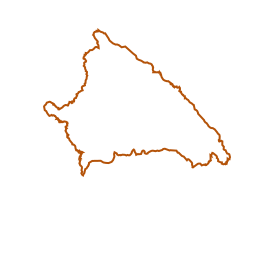 Tlanchinol, Hidalgo, Mexico (Robinson projection), rotated 137°
{"feature_id": "50627088B11315942998338", "entity_name": "Tlanchinol", "entity_type": "district", "adm_level": 2, "iso_a3": "MEX", "parent_name": "Mexico", "parent_adm1": "Hidalgo", "projection": "robinson", "projection_center": [-98.632, 21.045], "detail": "fine", "context": "isolated", "style": "outline", "palette": "amber", "viewbox_px": 256, "rotation_deg": 137, "n_neighbors": 0, "source": "geoboundaries", "source_scale": "gbopen_adm2", "svg_char_len": 5812}
<svg xmlns="http://www.w3.org/2000/svg" viewBox="0 0 256 256"><g transform="rotate(137 128 128)"><path d="M174.8,200.9L176.7,197.8L176.3,196.1L177.0,193.7L177.3,190.8L177.1,190.3L174.9,189.6L174.9,188.7L173.7,188.1L173.4,187.4L173.5,186.8L173.1,186.4L173.4,184.2L173.2,183.9L173.5,183.4L174.0,183.3L173.6,183.0L173.3,183.3L173.0,183.1L173.2,181.7L174.1,180.6L173.4,181.0L173.8,180.0L173.7,179.9L173.1,180.5L172.8,180.0L173.1,179.2L173.8,179.3L173.6,179.7L173.9,179.6L174.1,179.4L173.9,179.1L174.1,179.0L174.6,178.3L173.4,178.9L173.4,179.2L172.9,178.5L172.6,178.5L172.8,178.0L172.1,177.2L172.5,176.4L171.6,177.2L171.1,176.6L170.2,176.4L169.6,175.4L169.2,175.1L168.6,173.4L168.9,172.9L169.2,173.3L169.5,173.0L170.7,171.3L170.9,171.5L171.9,171.2L172.7,171.5L173.2,170.9L173.0,169.5L174.2,169.5L174.8,168.8L175.6,168.6L176.5,165.1L176.3,163.5L177.0,163.2L177.6,163.9L178.7,162.7L178.6,161.5L178.2,160.6L179.0,159.1L179.3,154.6L179.9,154.0L179.0,152.6L178.9,151.2L179.1,150.5L180.5,148.5L180.6,147.5L181.1,147.0L181.0,146.8L180.9,147.2L180.0,147.1L180.3,147.0L180.3,145.3L180.6,144.3L179.8,144.5L179.6,144.9L179.1,144.7L179.3,144.3L179.0,143.6L179.2,142.9L178.5,142.7L178.3,142.3L178.6,142.1L177.9,141.8L177.7,141.1L179.2,141.9L179.7,141.6L179.6,142.5L180.1,142.3L179.7,140.7L180.5,140.6L181.5,139.8L181.8,140.2L182.4,139.7L182.9,139.9L183.5,139.5L183.2,139.5L183.4,137.7L184.2,138.0L184.9,136.9L185.5,137.1L186.0,136.2L187.5,135.4L187.4,135.0L188.0,134.4L188.4,133.2L188.2,132.7L188.3,131.0L188.9,130.2L190.9,128.7L191.4,127.1L192.9,126.8L193.4,125.2L193.2,124.0L192.3,124.5L190.7,124.8L187.3,127.1L185.9,126.7L184.1,127.3L183.3,127.2L182.4,127.9L181.7,127.8L180.3,129.1L176.6,128.3L170.3,122.6L169.5,119.6L168.1,117.7L166.1,115.6L163.1,114.4L160.8,114.7L157.5,116.3L155.9,118.5L154.4,119.4L153.6,117.0L154.0,116.0L153.6,114.6L152.1,113.6L151.9,113.0L150.3,112.3L148.6,110.5L147.9,109.0L146.8,108.7L146.0,107.4L145.3,106.9L143.8,106.9L142.1,107.3L141.7,107.8L139.7,108.4L138.5,108.3L138.5,107.4L139.4,105.7L139.6,104.1L140.3,102.8L138.4,102.2L138.1,101.5L136.2,100.1L133.4,101.4L132.3,101.2L131.9,100.6L131.9,99.4L132.8,98.6L132.8,97.8L132.3,96.7L131.1,96.0L130.6,96.3L128.7,96.0L126.5,95.3L125.3,94.5L123.7,92.3L121.9,91.4L121.1,90.1L118.0,88.6L116.5,88.6L115.2,87.7L112.9,83.2L112.3,83.0L108.0,78.4L108.5,76.1L107.8,75.5L107.6,70.8L106.7,69.0L106.9,64.2L105.7,64.4L105.3,64.2L104.9,63.2L104.9,59.2L105.2,58.4L106.3,57.4L106.8,55.6L107.2,55.7L107.6,55.3L107.4,54.9L101.4,54.2L100.5,53.7L99.4,52.6L99.6,50.4L97.5,49.4L96.6,47.9L96.3,47.7L96.0,48.1L95.8,47.6L95.5,47.5L93.4,47.4L92.9,47.7L92.3,47.8L92.1,48.2L91.5,48.3L91.5,48.0L89.5,47.8L89.0,48.9L88.5,49.2L86.2,51.9L86.1,51.4L86.0,51.7L85.3,51.4L83.3,52.3L82.9,51.6L82.3,47.3L82.7,46.1L83.5,45.5L83.3,44.5L83.5,43.6L84.7,42.3L83.7,39.8L82.8,38.8L83.7,37.9L83.4,37.5L83.1,36.5L81.6,35.6L81.4,35.1L80.9,35.3L80.7,35.0L80.5,35.4L80.1,35.0L79.6,35.6L79.4,35.1L79.2,35.2L78.4,36.1L77.3,36.0L77.0,36.7L76.1,37.6L76.0,36.7L75.3,36.4L75.3,36.1L75.1,35.9L74.0,36.8L73.3,37.1L71.9,39.6L72.0,40.3L72.9,41.7L72.4,43.6L71.8,45.1L72.5,46.4L72.5,47.3L70.7,48.9L70.6,51.3L68.1,53.9L68.6,55.2L70.3,55.7L70.5,56.1L69.8,57.3L68.6,57.4L67.6,58.4L66.5,59.5L65.8,60.8L66.1,62.8L65.8,63.5L65.5,67.8L66.1,70.1L67.2,71.3L67.7,72.8L67.8,74.8L67.5,75.5L67.2,78.0L67.6,79.3L67.4,81.2L67.0,81.8L67.0,90.7L66.5,91.2L65.8,93.2L65.9,94.5L66.5,96.1L64.2,100.0L64.5,100.6L64.6,102.4L65.3,104.7L64.9,107.5L65.3,108.6L65.5,111.0L66.0,111.1L64.9,112.3L65.2,112.5L65.4,114.3L65.1,114.4L65.1,114.8L65.5,115.8L65.0,117.6L65.2,118.1L64.5,118.5L65.2,120.1L63.6,120.8L62.7,121.9L62.6,122.7L62.8,122.6L63.2,122.9L63.1,123.1L64.3,123.7L64.5,124.2L64.1,125.2L65.4,125.8L65.5,126.3L66.0,126.5L66.4,126.3L66.6,127.7L66.0,127.9L65.9,128.9L66.4,129.8L65.9,130.1L66.4,130.6L66.2,130.9L66.8,131.2L66.5,131.7L66.0,131.4L66.6,134.8L67.5,135.5L68.7,137.5L69.1,138.8L69.2,139.6L68.7,142.2L67.6,144.4L67.9,144.8L67.8,145.2L67.0,146.0L66.9,145.8L66.6,146.5L67.0,147.1L66.9,147.5L67.3,147.3L67.9,147.7L67.8,148.2L69.7,149.7L70.1,150.9L70.9,151.3L71.1,151.1L71.5,151.5L70.7,151.9L70.5,153.0L69.8,154.1L68.5,154.9L68.3,155.7L67.9,155.9L67.7,156.5L67.7,157.5L67.3,158.2L67.6,159.6L68.7,161.1L69.2,162.9L70.5,163.6L71.9,165.4L71.8,165.8L72.4,168.1L73.7,170.7L74.3,172.7L72.9,175.5L73.5,179.1L74.4,189.4L77.6,191.4L78.2,194.9L79.0,196.5L80.2,197.5L81.3,200.2L81.8,204.2L81.6,205.6L81.2,206.4L80.1,212.8L81.0,213.4L81.2,215.0L82.5,217.3L82.9,219.9L83.7,219.1L84.2,219.1L84.5,219.4L84.4,220.0L84.8,220.6L85.7,220.2L86.9,221.0L88.4,220.7L89.2,219.9L90.0,219.8L89.9,219.1L90.9,216.3L91.1,212.0L91.4,211.5L92.1,211.6L92.7,211.0L93.2,208.7L94.9,206.5L95.8,208.8L96.3,209.2L97.2,209.4L99.4,209.2L101.1,209.5L102.8,210.9L105.4,210.5L107.1,210.8L107.7,211.6L108.5,210.5L109.4,210.5L109.8,211.2L110.1,211.0L110.1,210.4L112.2,210.0L113.2,209.1L113.1,208.6L112.5,208.0L112.9,205.6L113.6,205.2L114.8,205.6L115.7,205.5L116.8,203.9L118.0,203.6L118.0,201.7L119.0,200.5L119.4,199.1L120.1,198.4L119.7,197.2L120.5,196.2L121.7,195.8L122.0,194.1L123.0,193.8L124.8,192.2L126.5,191.7L128.4,189.9L129.4,190.0L130.4,188.6L132.8,189.5L133.9,189.3L134.7,188.4L135.5,186.5L136.8,187.1L138.7,187.4L139.6,187.9L141.0,187.3L142.5,187.9L142.9,187.6L143.2,186.3L144.2,186.2L145.5,185.4L146.8,186.1L148.1,185.7L148.7,184.7L149.4,184.2L149.7,184.4L150.0,185.0L150.7,185.6L151.4,185.2L151.6,184.4L152.1,184.5L152.3,186.1L153.0,187.0L154.0,186.3L154.8,186.3L156.3,185.4L156.7,185.4L157.2,186.5L158.1,187.5L160.0,188.0L161.8,187.8L165.8,188.6L166.0,188.9L165.6,189.0L165.6,189.5L165.2,189.7L165.1,190.1L165.8,190.7L166.2,193.0L166.0,193.3L166.2,194.4L166.0,194.8L166.3,195.2L165.8,195.9L166.1,197.0L166.4,196.9L166.2,197.4L166.7,198.5L167.0,200.0L167.5,200.7L170.1,201.9L172.1,201.2L173.7,201.3L174.8,200.9Z" fill="none" stroke="#b45309" stroke-width="2"/></g></svg>